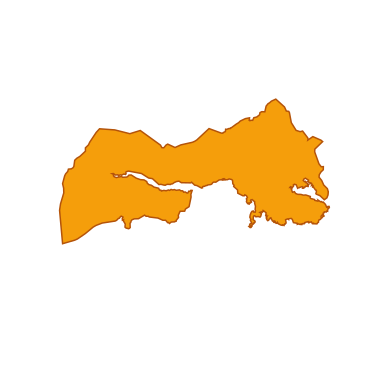 Etne nor, Hordaland, Norway (Mercator projection), rotated 226°
{"feature_id": "86288312B21434642963", "entity_name": "Etne nor", "entity_type": "district", "adm_level": 2, "iso_a3": "NOR", "parent_name": "Norway", "parent_adm1": "Hordaland", "projection": "mercator", "projection_center": [6.058, 59.799], "detail": "fine", "context": "isolated", "style": "filled", "palette": "amber", "viewbox_px": 384, "rotation_deg": 226, "n_neighbors": 0, "source": "geoboundaries", "source_scale": "gbopen_adm2", "svg_char_len": 6099}
<svg xmlns="http://www.w3.org/2000/svg" viewBox="0 0 384 384"><g transform="rotate(226 192 192)"><path d="M301.7,169.4L301.4,164.5L298.9,153.1L297.8,150.2L297.8,146.0L295.4,143.7L295.5,136.1L296.3,132.6L296.3,129.7L292.4,124.7L292.1,123.1L292.5,121.3L294.3,119.0L293.1,116.9L292.8,113.6L292.0,111.5L287.9,104.7L283.9,102.3L280.4,99.1L274.8,89.2L270.8,84.0L244.7,63.0L238.8,74.2L237.8,76.9L236.2,86.4L235.4,96.6L234.6,99.8L232.0,105.9L224.5,116.5L224.0,118.1L224.1,120.6L223.6,121.6L224.0,123.5L223.8,124.3L222.1,125.0L221.7,124.7L221.5,123.6L220.1,122.4L219.6,123.5L218.9,122.6L215.3,121.7L213.3,119.4L211.9,119.5L209.6,120.9L209.3,121.9L209.4,122.9L212.6,125.7L212.6,126.6L213.5,128.2L213.7,129.5L212.8,131.8L210.0,134.9L208.3,141.8L206.5,142.1L205.0,143.6L203.7,143.9L196.9,149.4L191.9,151.4L190.0,153.4L186.9,153.2L186.6,153.8L185.0,153.9L184.8,156.2L182.5,158.9L182.6,159.5L182.0,160.3L182.6,161.2L183.0,164.6L184.8,166.0L186.4,170.0L183.3,173.4L184.3,175.5L183.5,179.7L189.0,187.8L191.1,189.6L193.0,193.2L194.0,192.4L193.9,191.0L194.8,190.3L194.2,188.4L194.7,187.7L196.8,187.1L197.6,185.9L199.3,186.1L200.7,184.8L202.2,184.5L204.2,181.8L206.0,181.0L206.8,179.6L208.4,178.7L208.7,177.0L209.8,176.5L210.9,174.2L212.7,172.9L214.0,170.7L214.9,170.9L216.0,170.0L217.9,170.6L221.9,168.1L225.0,167.5L227.3,166.1L229.5,166.0L231.0,166.7L234.0,165.9L236.7,163.5L240.7,161.5L246.5,160.1L248.0,158.3L247.8,156.5L248.1,155.4L250.8,152.3L252.1,152.1L255.0,147.5L257.1,146.6L258.7,147.1L259.5,148.2L260.1,147.5L260.6,147.3L260.0,148.2L259.1,148.2L258.7,147.7L258.7,148.4L257.5,148.6L255.9,150.6L254.9,150.5L254.1,152.3L252.9,153.4L252.3,155.4L250.7,156.4L251.1,157.4L252.0,157.4L251.8,157.5L252.3,158.8L251.1,160.9L240.4,168.5L232.2,170.5L229.1,172.8L220.3,173.4L219.1,175.0L216.3,176.7L215.3,177.7L215.2,178.6L214.5,179.8L212.3,181.8L212.3,182.5L211.4,183.7L211.2,185.6L210.3,188.1L208.9,190.1L206.1,190.8L199.4,197.5L199.3,198.5L195.1,198.7L193.2,200.0L188.2,201.6L187.7,202.5L188.4,203.2L188.2,204.1L187.4,204.9L186.9,206.7L186.3,207.1L186.1,208.3L184.3,210.7L184.0,211.9L184.3,213.4L184.1,214.4L182.5,216.0L181.8,219.9L180.3,221.8L180.1,223.1L179.8,223.6L179.5,223.1L179.6,222.1L179.0,222.5L179.0,223.1L177.9,224.0L178.5,224.5L177.5,224.7L176.3,225.9L175.6,227.8L173.4,229.2L172.2,229.2L169.6,227.1L167.6,226.9L167.0,225.8L161.9,226.2L159.3,224.1L153.9,226.0L153.0,226.9L153.3,228.0L151.5,228.6L149.6,228.1L149.3,226.3L148.3,226.0L147.2,224.4L145.3,224.0L144.9,224.7L144.5,224.2L143.6,224.7L144.0,225.2L144.0,226.3L143.1,225.8L143.7,226.3L143.5,227.1L144.0,227.8L142.9,227.3L143.8,228.1L145.3,228.3L145.4,228.8L144.8,230.0L141.4,230.3L140.5,229.3L137.7,227.8L135.6,225.3L134.3,224.6L133.6,223.4L134.8,222.4L135.7,222.9L136.4,221.9L136.2,220.4L135.1,218.0L133.7,216.1L131.3,215.3L131.2,214.4L128.4,213.5L128.7,211.1L127.5,210.4L127.8,209.0L126.0,209.1L125.5,209.9L126.1,210.4L125.7,211.1L126.4,211.4L126.3,212.2L127.0,212.9L126.3,213.9L126.8,215.1L126.4,215.3L126.6,216.6L127.3,217.1L129.7,216.8L131.7,219.2L131.8,220.0L131.4,220.6L129.8,220.7L128.4,222.6L126.7,223.5L126.8,224.6L128.2,226.9L130.2,226.6L129.2,228.6L128.8,228.9L129.0,228.0L128.5,228.8L129.3,230.3L125.7,230.9L123.7,228.7L123.4,229.0L123.7,229.0L123.5,229.4L122.9,228.8L122.4,229.3L122.3,228.2L121.7,227.3L121.3,227.4L121.6,228.2L120.4,226.7L118.9,226.5L118.4,227.4L118.9,228.4L118.6,229.5L119.0,230.3L118.7,230.8L115.2,229.7L114.2,230.8L114.0,230.0L113.3,229.8L112.8,230.2L112.8,231.2L111.1,230.7L110.4,231.5L110.8,232.3L109.1,232.0L106.4,233.0L105.3,233.8L105.5,234.3L105.1,234.7L104.0,234.9L104.6,236.7L104.2,236.9L104.4,238.2L107.1,240.1L106.3,242.0L105.3,242.3L105.8,242.6L104.1,245.0L102.6,245.1L99.5,243.7L96.3,246.0L95.6,245.3L95.1,246.4L93.5,247.2L93.5,247.7L92.8,248.0L92.8,248.6L92.3,248.6L92.5,249.5L91.3,250.5L91.6,251.1L91.3,251.4L91.7,251.8L90.4,254.4L88.9,254.6L89.4,255.3L88.5,255.5L87.6,257.1L85.6,256.6L85.1,257.7L84.7,257.4L82.3,259.7L82.6,261.2L82.4,262.0L83.2,262.8L83.7,264.2L83.2,265.0L83.2,266.4L84.1,267.5L83.2,267.7L83.4,268.7L83.0,270.3L84.3,270.7L85.0,269.4L85.1,270.9L85.7,272.0L85.3,272.7L85.8,273.4L84.3,274.8L84.5,275.6L84.3,275.8L84.6,275.8L84.6,277.0L85.6,278.3L85.3,279.0L85.5,280.1L86.4,280.6L87.2,279.8L87.0,278.9L87.5,278.3L90.4,279.4L93.6,279.4L94.0,278.6L95.2,278.5L95.6,277.7L98.4,277.1L97.9,276.9L97.9,276.3L100.7,274.5L101.5,274.9L105.1,272.8L106.0,273.1L106.6,274.0L110.8,271.8L112.4,269.9L114.6,268.7L116.9,266.4L119.0,265.5L121.1,265.9L122.0,264.1L126.6,266.1L126.0,265.9L125.7,266.1L126.5,266.2L126.2,266.3L127.2,266.0L127.0,266.5L127.2,266.1L127.3,266.6L125.5,267.4L125.8,269.4L126.7,269.8L126.5,271.0L124.8,272.0L121.4,270.6L121.4,271.1L120.7,271.7L120.7,272.3L119.3,275.0L118.4,275.1L117.9,274.2L117.1,275.1L117.5,276.2L117.0,276.7L117.3,277.7L115.3,279.4L116.1,280.2L116.3,281.1L116.9,280.1L117.5,280.9L118.9,280.8L119.4,281.5L119.7,280.5L120.8,281.0L121.1,280.2L123.0,280.0L123.6,281.6L123.1,283.2L119.6,284.0L119.2,283.1L117.5,282.7L116.5,283.5L115.7,283.1L115.3,284.0L114.1,283.6L113.6,282.5L113.2,283.5L112.1,283.4L112.2,282.9L111.7,282.2L110.8,282.7L107.6,282.2L106.9,282.6L105.7,281.6L104.8,280.0L104.1,279.9L100.5,281.5L94.5,281.8L94.1,285.0L95.4,287.8L97.5,290.2L100.4,291.7L105.5,291.6L110.2,293.3L114.4,293.7L116.0,295.5L116.8,298.6L116.8,301.9L119.0,304.1L120.4,302.5L124.1,302.9L135.6,308.1L137.5,310.1L137.5,321.0L139.6,320.8L147.9,317.4L148.9,311.4L149.5,312.3L150.7,312.9L159.0,313.9L160.3,311.7L164.0,309.7L172.9,311.6L181.4,317.2L182.8,317.6L184.7,316.1L188.9,317.6L200.6,316.8L202.2,312.2L202.3,309.7L202.7,308.1L202.3,305.0L199.1,300.1L201.3,298.0L201.9,296.1L200.6,294.2L201.0,290.6L202.5,288.1L201.4,285.4L202.8,284.1L203.0,283.2L203.8,282.9L205.4,284.9L207.7,281.4L209.5,276.1L209.5,273.6L210.1,271.0L210.9,265.0L211.3,264.3L211.0,263.8L212.0,262.7L213.0,260.4L213.8,259.8L212.3,258.0L213.1,255.7L212.9,255.0L214.0,254.0L225.8,248.3L226.1,231.5L226.6,229.2L227.5,226.8L233.6,216.8L235.8,210.7L243.3,207.8L243.8,206.0L243.4,202.4L244.9,201.1L247.6,201.9L272.2,197.5L277.1,187.8L290.3,179.6L301.7,169.4Z" fill="#f59e0b" stroke="#b45309" stroke-width="1.5"/></g></svg>